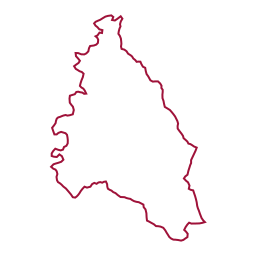 outline of Lagoa da Prata, Minas Gerais, Brazil
{"feature_id": "56859067B36173600570766", "entity_name": "Lagoa da Prata", "entity_type": "district", "adm_level": 2, "iso_a3": "BRA", "parent_name": "Brazil", "parent_adm1": "Minas Gerais", "projection": "natural_earth1", "projection_center": [-45.504, -19.999], "detail": "fine", "context": "isolated", "style": "outline", "palette": "rose", "viewbox_px": 256, "rotation_deg": 0, "n_neighbors": 0, "source": "geoboundaries", "source_scale": "gbopen_adm2", "svg_char_len": 3368}
<svg xmlns="http://www.w3.org/2000/svg" viewBox="0 0 256 256"><path d="M149.1,221.6L151.4,222.9L153.8,224.2L156.0,226.1L158.1,226.2L160.5,226.6L163.3,227.8L165.3,230.4L166.6,232.7L167.9,234.7L169.3,237.0L171.2,238.6L173.3,239.6L175.4,239.7L178.1,240.0L181.1,240.6L183.4,239.9L185.0,238.7L187.4,237.1L187.7,233.8L185.9,231.5L184.2,229.9L185.6,227.1L187.4,224.5L189.1,222.7L191.5,223.6L193.5,223.5L196.2,223.5L199.5,223.4L202.1,222.9L204.9,222.1L203.3,220.5L201.6,218.1L199.9,213.7L198.9,210.7L197.9,208.3L197.2,205.9L196.7,202.3L196.0,199.3L195.1,196.1L194.0,192.9L193.2,190.4L190.7,189.8L188.8,188.8L189.5,185.6L188.0,182.3L186.1,180.8L183.9,178.5L185.2,176.5L187.5,174.7L188.4,170.8L189.5,167.4L190.2,165.1L191.1,163.1L191.1,160.1L192.4,157.4L194.0,154.0L195.6,150.6L196.7,147.6L194.0,146.5L192.2,145.2L190.4,144.1L188.4,143.6L187.4,141.6L185.6,139.9L183.6,138.2L183.0,135.9L181.6,133.8L179.5,131.1L177.7,128.6L177.6,126.0L178.1,123.6L177.4,121.1L176.3,118.9L175.1,116.5L173.5,114.3L171.9,112.3L169.9,110.0L167.0,108.2L164.8,106.9L164.0,103.6L163.5,100.9L162.5,98.2L162.4,94.7L162.7,92.0L162.7,89.8L161.4,88.0L161.5,85.7L160.2,83.5L158.0,81.4L155.1,81.4L152.8,81.6L150.4,80.3L149.2,78.1L148.2,76.3L146.6,74.1L145.8,71.2L145.2,67.8L142.9,66.7L141.4,64.1L140.4,61.7L138.5,61.6L136.6,61.8L135.3,60.1L133.3,58.5L132.1,56.5L130.7,55.3L128.1,53.7L126.5,51.2L124.3,49.6L121.6,48.9L121.0,46.5L121.4,43.9L121.2,41.3L120.9,38.6L119.8,35.8L118.4,33.8L118.8,31.2L119.5,28.6L120.5,26.4L120.0,24.2L120.8,21.4L122.4,18.7L120.7,16.3L117.4,18.8L114.9,20.5L112.1,20.0L113.3,17.0L111.3,15.4L107.9,15.9L105.4,16.6L102.9,18.1L100.2,19.8L98.0,20.7L95.6,21.8L94.1,23.4L95.5,25.6L97.5,27.2L99.3,29.3L102.4,30.1L102.0,33.0L99.5,32.6L97.5,35.4L95.6,36.3L97.2,37.7L98.2,39.7L97.9,42.9L96.3,44.6L93.9,45.5L90.1,46.0L89.0,48.2L88.3,51.4L86.3,53.4L84.3,54.4L81.3,54.3L78.2,53.1L75.6,53.0L76.0,56.2L78.1,58.5L79.9,60.8L78.5,63.0L76.3,64.5L74.1,66.2L75.8,68.9L78.0,70.2L79.5,71.2L81.8,72.0L83.6,73.7L82.8,77.2L81.5,80.3L80.6,83.1L79.9,85.9L81.4,87.5L83.3,88.6L84.7,90.5L86.2,93.6L84.1,93.8L82.4,92.6L80.0,92.2L78.2,91.7L76.3,92.0L74.8,94.2L71.8,95.1L69.9,95.7L69.5,98.5L69.8,102.7L71.3,104.8L72.9,106.7L73.8,110.0L72.8,114.3L69.8,115.2L67.4,115.6L65.7,115.0L63.5,115.5L61.9,116.1L60.0,116.9L58.2,117.4L56.8,118.6L56.0,120.8L55.6,123.1L54.1,125.3L52.1,127.8L53.3,131.3L54.4,134.4L56.7,134.4L58.4,132.9L61.1,131.9L63.5,132.6L65.5,133.2L67.0,134.8L67.5,137.4L67.8,140.1L67.7,143.4L66.4,145.8L64.0,147.0L63.0,149.6L60.7,150.4L58.2,149.8L55.3,148.7L53.2,151.0L51.7,153.4L51.7,156.0L53.9,156.7L56.8,157.0L59.4,154.4L61.9,156.2L63.4,159.7L61.2,161.8L58.0,162.9L55.5,163.6L53.5,164.3L51.1,166.8L53.3,168.7L55.5,169.6L56.7,171.3L57.4,174.0L56.5,176.9L57.0,180.2L58.0,182.1L59.8,183.2L61.5,184.6L63.3,186.5L65.9,188.5L68.4,191.4L71.0,194.5L72.8,197.2L75.2,197.6L76.8,196.4L78.2,194.9L79.4,193.3L80.8,191.0L82.6,188.7L84.5,186.7L87.0,187.6L90.4,186.7L92.1,184.1L94.3,182.9L96.6,183.8L98.4,182.5L100.3,182.1L102.2,182.7L103.9,181.8L105.9,181.5L107.1,184.1L107.3,186.7L107.9,188.7L109.8,189.9L111.5,190.6L113.2,192.1L115.5,193.1L117.8,195.1L120.5,197.0L122.6,197.1L124.6,197.2L126.4,198.0L128.3,198.5L130.4,198.9L132.0,200.0L134.0,201.1L136.3,201.8L138.8,202.2L141.3,203.5L143.4,204.6L143.7,207.2L145.5,209.4L146.4,213.2L146.6,217.4L147.0,220.6L149.1,221.6Z" fill="none" stroke="#9f1239" stroke-width="2"/></svg>